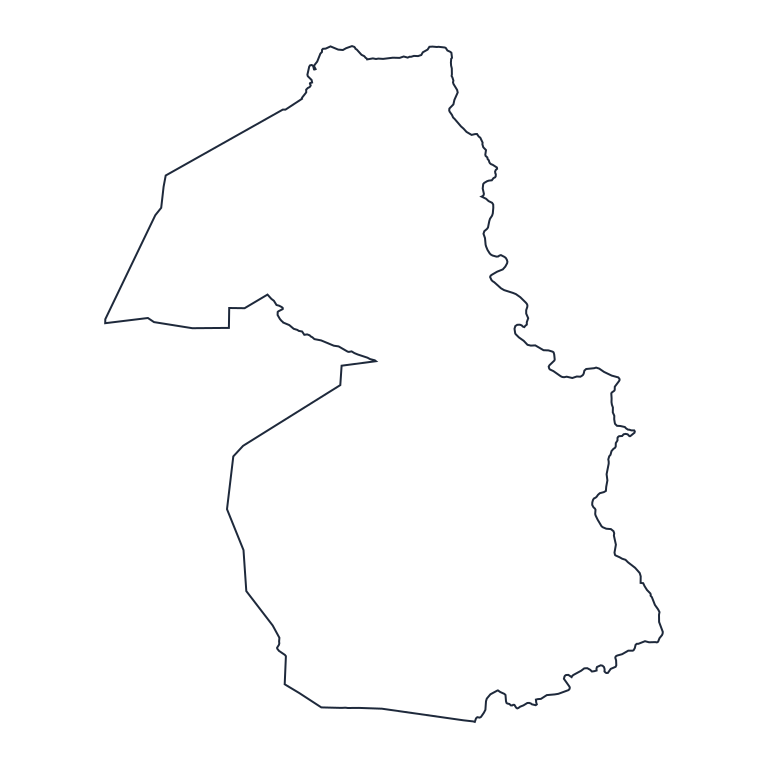 the district of Marahoue, Marahoué, Ivory Coast
{"feature_id": "98640826B99867209198649", "entity_name": "Marahoue", "entity_type": "district", "adm_level": 2, "iso_a3": "CIV", "parent_name": "Ivory Coast", "parent_adm1": "Marahoué", "projection": "albers", "projection_center": [-5.732, 7.127], "detail": "fine", "context": "isolated", "style": "outline", "palette": "slate", "viewbox_px": 768, "rotation_deg": 0, "n_neighbors": 0, "source": "geoboundaries", "source_scale": "gbopen_adm2", "svg_char_len": 6044}
<svg xmlns="http://www.w3.org/2000/svg" viewBox="0 0 768 768"><path d="M528.2,318.2L526.2,313.6L526.2,310.2L527.3,306.9L527.4,305.2L526.8,303.8L525.8,302.6L520.3,297.2L515.9,294.1L512.9,292.9L504.1,290.1L501.0,288.3L494.2,282.2L492.6,281.2L491.4,279.9L490.1,277.0L490.7,275.6L492.1,274.6L497.1,271.7L502.8,269.4L505.3,266.6L507.1,263.3L507.4,261.7L506.9,259.9L505.9,258.1L504.6,257.0L500.9,255.1L499.4,255.6L498.1,256.5L496.4,256.6L492.5,255.5L490.9,254.6L489.7,253.4L487.5,249.9L486.1,246.5L485.6,244.7L485.0,238.1L483.5,233.8L484.3,231.2L487.0,228.9L488.0,227.5L489.3,221.0L490.0,218.8L492.1,215.6L492.8,213.4L493.3,207.7L493.2,204.5L492.1,202.8L488.6,201.1L486.1,198.8L481.6,196.6L482.7,196.1L483.7,194.9L483.9,193.8L482.7,188.5L483.2,184.1L484.2,182.9L487.1,181.2L488.9,180.6L491.8,180.3L493.5,178.1L495.1,177.3L495.7,176.3L495.8,174.2L495.3,173.2L495.1,171.5L495.8,169.9L497.1,168.8L496.9,167.5L492.7,164.8L491.1,164.2L489.9,163.2L489.3,162.1L488.8,160.3L487.7,159.2L487.3,157.4L485.6,155.9L485.3,154.7L486.0,150.1L483.3,147.3L482.4,144.3L482.6,142.6L480.3,137.7L478.7,136.5L477.0,134.0L475.0,134.1L471.6,134.9L466.5,131.9L463.5,128.6L461.0,126.4L454.5,118.8L453.1,117.5L452.0,115.0L449.6,111.6L449.2,110.4L449.4,108.5L453.4,104.4L454.4,99.9L457.7,92.5L457.1,89.9L453.5,84.0L453.0,82.3L453.4,80.6L452.4,77.4L451.6,76.0L451.9,74.4L451.8,68.4L451.1,65.6L450.9,62.6L451.2,58.8L452.0,57.8L451.4,52.8L450.4,51.9L447.4,50.5L445.8,48.0L444.8,47.5L438.5,46.8L436.9,47.0L432.6,46.6L429.4,46.8L427.6,49.6L422.8,52.3L421.3,55.0L418.0,56.1L414.0,55.9L411.0,56.8L409.7,56.7L407.7,57.6L403.7,56.5L399.6,57.9L392.9,57.7L383.1,58.9L378.3,58.6L376.0,59.0L372.9,58.4L367.1,59.4L366.7,58.5L365.6,57.8L364.3,56.2L361.5,54.8L356.8,49.6L355.4,48.7L355.1,47.8L354.3,46.9L352.0,46.1L346.1,48.2L342.9,50.0L338.2,49.6L330.5,46.4L325.7,48.6L323.0,48.8L322.1,49.7L321.9,52.1L320.4,53.6L317.2,61.6L314.3,65.3L314.2,66.5L315.6,69.1L314.7,69.5L314.0,69.4L313.2,66.1L312.1,65.2L311.5,65.0L310.0,65.4L309.2,66.7L307.4,74.7L307.8,76.2L311.6,80.0L312.1,82.5L310.1,83.1L309.9,83.7L310.7,85.3L310.5,85.9L309.6,87.1L307.8,88.0L306.2,89.6L306.2,92.4L302.2,97.5L301.8,98.3L302.0,98.8L285.5,109.6L282.8,109.6L165.7,175.5L163.6,186.7L161.2,207.8L155.3,215.2L105.3,319.2L105.2,323.2L147.9,318.0L154.0,322.1L192.3,328.2L228.9,327.9L229.2,308.0L244.6,308.2L267.5,294.6L271.4,298.9L273.9,300.8L276.5,305.0L279.1,305.7L281.8,307.1L282.8,308.1L282.7,309.1L278.4,311.3L277.7,312.0L277.6,315.0L279.9,319.0L281.7,321.1L282.6,321.7L283.1,322.5L289.3,325.1L293.7,328.8L297.3,329.9L298.8,330.9L302.1,331.5L304.3,334.8L307.2,334.4L309.6,335.3L311.0,336.6L312.4,337.3L314.4,339.1L321.1,340.4L333.8,345.7L338.6,346.4L347.6,351.6L348.8,351.9L351.6,351.4L354.4,353.1L357.8,354.5L367.5,357.7L370.1,359.1L374.8,360.3L375.9,361.2L341.6,365.7L340.3,385.1L243.1,445.8L233.3,456.4L227.0,509.2L243.5,550.1L246.3,591.1L272.7,625.5L279.4,637.8L279.1,641.4L279.3,643.4L278.9,644.9L277.1,647.7L277.2,648.6L279.0,650.9L284.9,654.9L285.9,656.2L284.7,684.3L299.2,693.0L321.3,707.4L341.3,707.9L345.5,707.7L347.8,708.0L358.7,707.9L381.9,708.7L463.4,720.3L473.1,721.4L474.8,721.9L476.0,718.4L477.3,717.2L479.7,717.6L481.0,716.9L483.9,712.7L485.4,709.8L486.0,701.2L486.8,698.6L490.4,694.3L497.1,690.7L497.9,690.4L500.2,692.0L504.4,693.9L505.5,695.0L506.0,701.2L506.5,702.9L507.3,703.5L509.4,704.0L510.9,705.4L512.3,705.4L513.2,704.8L514.4,704.9L516.1,707.6L517.2,708.4L518.4,708.0L520.1,706.7L523.4,705.4L527.3,703.0L529.1,702.9L530.9,703.5L531.9,704.3L535.7,705.2L536.8,704.4L536.2,702.4L535.9,699.6L537.9,699.1L540.9,698.9L546.8,695.1L554.8,694.4L558.4,693.8L568.5,690.1L569.5,689.0L569.8,687.8L569.5,686.7L563.9,678.8L564.5,676.5L565.0,675.7L566.1,675.0L568.4,674.9L571.6,677.1L572.1,676.1L573.3,675.0L581.2,670.7L584.2,668.4L585.1,668.3L587.3,668.2L590.2,669.8L591.9,671.5L594.2,671.2L596.6,670.5L596.5,668.4L597.0,667.0L600.7,665.3L602.5,665.7L604.0,667.1L604.6,669.2L604.5,671.5L605.6,672.6L606.4,673.0L607.9,672.9L610.7,668.9L615.6,666.8L616.3,665.3L616.1,660.4L615.3,657.8L615.5,656.9L616.1,656.1L617.3,655.5L622.1,654.2L628.2,650.7L632.7,650.7L633.6,650.2L634.8,648.1L635.6,644.8L636.8,643.8L638.4,643.8L645.0,641.2L649.1,642.3L655.3,642.1L656.9,642.4L658.1,641.7L659.5,638.2L662.0,635.1L662.6,633.7L662.8,631.9L659.1,622.0L659.0,614.8L659.5,612.1L658.1,609.4L654.9,604.9L651.9,597.2L650.6,595.7L650.7,594.3L650.3,593.4L647.0,590.0L644.6,586.2L643.2,583.2L640.6,582.9L640.7,576.3L639.7,573.0L635.1,567.8L628.0,562.3L625.5,559.8L622.1,558.7L619.7,557.3L615.5,555.4L615.0,554.9L614.5,552.6L615.9,544.7L613.9,535.6L614.2,533.3L613.5,531.2L610.9,529.1L606.2,528.7L602.7,527.2L601.5,526.2L597.6,519.6L595.6,515.5L595.2,514.0L595.5,509.7L594.9,508.6L593.4,507.2L592.2,504.9L592.3,502.4L593.0,499.9L593.9,498.5L595.5,497.7L596.6,496.8L598.0,494.8L599.8,493.2L603.9,492.1L605.9,490.9L606.2,486.9L607.4,480.4L606.6,474.2L608.7,463.7L608.7,461.6L608.3,459.4L609.2,456.3L610.5,454.8L611.5,451.1L613.4,448.9L615.0,447.8L615.7,446.6L615.8,443.1L617.5,440.4L617.5,437.9L618.1,436.9L619.1,436.2L622.1,436.0L623.6,434.3L625.6,433.9L627.6,434.3L629.4,436.1L630.3,436.1L634.5,432.7L634.8,431.4L634.2,430.4L631.4,430.4L629.3,429.7L628.1,429.7L626.1,428.4L624.8,427.0L620.3,426.0L617.0,425.8L615.1,423.9L614.8,422.9L614.2,419.2L614.3,415.8L612.8,412.4L612.9,407.5L611.9,404.7L611.5,402.1L611.6,398.5L611.3,393.5L611.7,392.6L614.3,390.7L614.7,389.9L614.8,386.7L619.1,381.0L619.6,379.9L619.4,378.8L618.3,377.4L611.7,375.6L604.0,371.9L599.2,368.6L596.1,367.6L594.2,368.2L586.2,369.0L584.4,370.6L583.7,373.6L583.0,374.9L581.9,375.8L580.4,376.7L576.8,376.5L572.3,378.0L566.7,376.7L564.1,377.2L562.3,377.0L560.8,376.3L553.4,371.1L550.0,369.5L549.2,368.6L548.7,366.6L549.5,365.2L554.4,360.5L554.7,359.4L554.2,354.5L553.6,352.4L552.7,351.7L548.5,350.4L543.5,350.2L535.3,345.4L530.8,345.6L527.5,344.8L523.7,340.8L518.9,337.4L515.6,334.1L515.2,333.3L514.5,328.8L515.3,326.1L517.2,324.8L519.9,324.7L521.7,325.4L522.9,326.6L524.3,327.1L525.4,325.7L526.8,324.6L526.8,322.2L528.2,318.2Z" fill="none" stroke="#1e293b" stroke-width="2"/></svg>